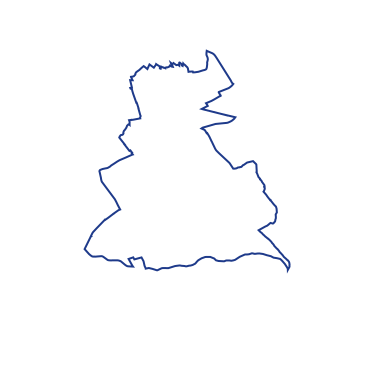 the district of Alkmaar, Noord-Holland, Netherlands, rotated 43°
{"feature_id": "6326949B3608073145237", "entity_name": "Alkmaar", "entity_type": "district", "adm_level": 2, "iso_a3": "NLD", "parent_name": "Netherlands", "parent_adm1": "Noord-Holland", "projection": "equal_earth", "projection_center": [4.805, 52.601], "detail": "fine", "context": "isolated", "style": "outline", "palette": "blue", "viewbox_px": 384, "rotation_deg": 43, "n_neighbors": 0, "source": "geoboundaries", "source_scale": "gbopen_adm2", "svg_char_len": 5860}
<svg xmlns="http://www.w3.org/2000/svg" viewBox="0 0 384 384"><g transform="rotate(43 192 192)"><path d="M152.4,307.0L159.0,307.6L161.2,307.5L162.9,307.2L163.6,306.8L164.5,306.0L164.5,305.9L165.2,305.4L168.3,302.0L169.4,300.8L169.8,300.5L170.3,300.2L171.3,299.9L176.2,299.3L176.8,299.2L177.7,298.7L178.7,297.9L184.1,292.8L184.8,292.3L185.3,292.0L186.9,291.3L187.5,291.2L192.6,290.9L194.1,290.7L195.2,290.4L196.0,289.9L199.7,286.8L198.7,286.6L191.3,284.2L193.6,279.9L195.8,280.6L199.7,274.3L203.8,275.7L207.6,278.3L208.4,278.7L209.9,279.2L210.4,279.6L212.2,277.1L212.8,276.7L215.5,275.2L219.7,273.2L219.9,273.0L220.1,272.8L221.7,268.7L222.0,268.2L222.4,267.7L226.7,263.7L230.0,257.9L230.6,257.1L232.9,254.3L233.2,254.0L234.8,253.0L236.9,251.3L237.8,250.8L238.4,250.4L238.9,249.8L240.1,247.9L241.1,246.8L241.4,246.3L242.3,244.8L242.6,243.8L243.1,242.6L243.2,241.3L243.1,240.2L243.1,238.4L243.2,237.4L243.4,236.8L244.2,234.0L245.8,230.9L246.1,230.4L246.5,230.0L249.7,227.0L253.6,225.5L254.0,225.5L255.7,225.6L256.1,225.6L258.4,224.4L262.5,221.0L262.8,220.7L263.5,219.2L263.7,218.8L266.0,216.6L267.6,215.5L267.8,215.3L269.0,213.6L269.8,212.2L270.2,210.6L270.8,208.1L271.2,206.6L273.3,201.7L273.8,201.1L275.0,200.0L276.2,198.6L277.6,196.0L278.4,195.4L279.4,194.9L280.1,194.4L280.6,193.9L281.7,192.5L283.2,191.0L286.2,188.9L289.8,187.2L293.4,185.2L296.4,184.4L299.2,182.5L302.0,180.9L302.8,180.8L303.5,180.8L305.3,180.9L309.0,181.3L313.4,182.4L314.4,182.9L314.7,183.1L315.2,183.6L314.4,180.5L313.9,179.7L313.3,179.2L312.7,178.4L311.1,177.2L310.1,176.8L309.5,176.8L308.7,176.6L307.8,176.8L306.7,176.7L303.3,176.8L301.6,176.4L297.7,176.1L297.3,176.2L296.0,175.8L294.0,175.5L293.2,175.4L293.0,175.5L292.6,175.6L292.1,175.5L288.9,175.3L288.8,175.2L287.8,174.9L286.5,174.7L285.3,174.7L284.8,174.5L283.5,174.3L281.4,174.2L279.4,174.2L279.2,174.4L278.1,174.4L275.6,174.6L274.4,174.5L272.9,174.6L271.2,174.4L269.2,174.6L266.8,174.5L269.1,167.4L270.0,165.2L270.5,161.1L272.7,159.9L272.8,159.6L272.9,159.1L272.8,158.4L272.9,158.2L272.8,156.9L272.5,156.3L271.8,155.3L271.5,154.6L271.2,154.0L270.3,153.0L269.0,151.8L268.5,151.3L268.4,150.9L268.3,150.4L268.1,149.6L268.0,149.1L267.7,148.8L265.2,146.5L263.5,145.5L263.1,145.4L261.8,145.4L259.7,145.2L255.9,144.6L255.0,144.7L254.9,144.3L253.2,144.4L250.2,143.9L248.0,143.4L244.1,143.0L244.0,142.3L243.1,140.1L242.7,139.7L241.3,139.1L241.2,139.0L241.5,138.6L240.5,137.8L240.2,137.6L236.4,136.9L235.1,136.4L234.1,136.3L233.2,136.4L233.0,136.0L232.8,135.9L230.4,135.7L227.1,134.1L225.6,133.6L225.5,133.4L225.6,133.1L220.4,128.1L219.9,127.9L215.6,127.8L212.2,132.9L211.4,136.8L211.1,137.4L211.0,137.7L211.0,138.8L211.0,139.6L211.0,139.9L210.9,140.1L210.2,140.9L210.2,141.1L209.9,141.6L208.9,142.7L208.7,143.4L208.6,143.8L208.1,144.8L207.1,146.0L206.2,146.8L200.1,145.3L199.4,145.2L185.2,145.2L182.0,145.1L181.0,145.0L179.3,144.5L172.4,141.8L172.2,141.9L172.3,141.8L167.0,139.7L162.9,138.5L162.7,139.0L160.0,138.2L158.9,138.0L155.6,139.1L155.9,137.7L162.8,126.2L170.4,117.6L170.6,117.3L171.1,116.5L172.1,114.1L172.6,112.4L172.7,111.5L172.8,110.8L172.9,109.6L172.7,107.8L163.2,113.2L163.3,113.2L162.2,113.8L143.9,123.9L143.5,124.1L142.5,124.6L144.8,118.3L143.6,117.9L141.7,117.5L144.1,112.2L145.1,109.2L146.9,103.2L147.2,102.7L147.4,102.1L147.1,101.8L146.6,101.8L144.2,101.1L143.6,100.9L143.4,100.6L147.7,91.6L148.1,90.5L148.4,89.0L148.6,87.4L148.6,86.0L148.5,84.8L147.1,84.9L145.6,84.5L144.4,84.0L118.3,77.1L115.6,76.5L114.0,76.4L112.4,76.6L108.0,78.2L106.5,78.7L107.8,80.5L108.9,81.7L109.3,82.0L111.1,82.8L111.6,83.0L112.8,83.9L113.2,84.3L114.0,85.6L114.6,86.8L116.0,88.2L117.9,90.8L118.5,92.0L118.6,92.4L118.6,92.7L118.2,93.8L117.8,94.5L117.1,95.5L114.7,99.7L112.4,102.6L111.2,103.8L110.4,103.4L108.4,105.3L107.5,106.5L104.7,104.4L104.1,104.2L103.5,104.0L101.2,104.0L101.0,103.9L100.6,103.9L98.5,104.1L97.9,104.0L99.2,106.2L98.2,106.4L97.5,105.6L94.7,105.7L94.5,106.1L96.5,108.3L95.0,108.4L94.7,109.0L94.0,109.9L91.6,110.2L91.4,110.3L90.9,110.3L90.5,110.3L90.5,111.9L88.5,112.0L89.6,112.6L91.3,112.9L92.2,113.3L92.6,113.5L91.5,114.2L90.8,114.4L89.6,114.6L89.8,115.9L89.7,116.3L89.2,117.3L88.9,117.7L88.8,118.0L88.1,118.4L88.0,118.8L87.9,119.6L88.0,119.7L86.4,120.3L86.4,120.5L84.0,121.3L85.0,123.2L84.2,123.5L83.7,123.0L83.3,122.6L82.5,122.2L79.5,122.8L78.5,122.9L78.8,123.6L79.3,127.1L73.9,127.7L75.5,132.5L72.5,132.7L70.8,132.9L70.5,135.1L70.3,137.7L70.3,138.5L69.7,141.3L69.5,142.8L69.6,143.0L69.7,143.4L69.8,143.9L70.5,144.8L70.5,145.5L70.5,147.0L70.0,147.9L68.8,149.4L68.9,149.5L69.1,149.5L72.3,150.8L70.5,152.4L76.7,156.5L76.3,156.9L76.2,157.6L75.9,158.0L76.6,158.3L77.8,157.7L79.6,158.9L82.0,160.3L90.4,164.7L90.6,164.4L92.0,165.1L95.9,167.3L95.9,167.5L100.0,170.0L101.6,171.0L102.4,171.3L102.8,171.7L103.3,173.1L103.5,173.3L103.9,173.5L99.3,179.8L98.7,180.2L98.5,180.8L98.2,180.9L97.0,182.4L98.5,183.2L99.9,184.8L100.5,185.4L99.9,185.4L99.8,185.8L99.4,186.0L99.4,186.4L99.3,187.7L99.7,188.7L100.2,190.0L100.2,190.6L100.5,191.8L100.5,192.7L100.5,193.6L100.6,193.9L101.1,195.1L101.4,195.5L102.0,196.0L102.0,196.3L102.2,196.8L102.1,197.6L101.8,198.1L101.5,198.4L101.3,198.6L101.1,199.1L101.2,199.8L101.2,200.5L101.7,201.8L110.3,203.1L110.2,203.3L118.2,204.6L118.5,203.6L121.4,204.1L121.3,204.7L123.1,205.0L122.8,205.5L122.0,207.4L120.0,212.1L117.3,218.2L116.5,220.9L115.7,224.3L115.0,227.0L114.8,227.7L114.7,229.3L113.9,231.9L113.4,232.7L112.5,233.9L110.9,236.2L109.8,238.5L109.8,239.3L110.0,239.7L110.2,240.0L111.0,240.5L115.8,243.8L116.9,244.7L118.1,245.5L119.1,246.0L140.5,249.9L143.4,250.9L147.0,252.3L151.4,253.8L150.7,255.3L150.6,255.6L149.4,261.3L149.5,261.3L149.3,262.2L148.9,264.3L148.8,265.1L148.1,269.0L147.8,270.2L147.5,271.9L147.4,272.2L147.2,272.1L147.0,283.7L147.0,288.6L147.1,289.6L147.5,291.0L148.2,293.3L148.4,293.3L148.3,293.5L148.5,294.1L152.4,307.0Z" fill="none" stroke="#1e3a8a" stroke-width="2"/></g></svg>